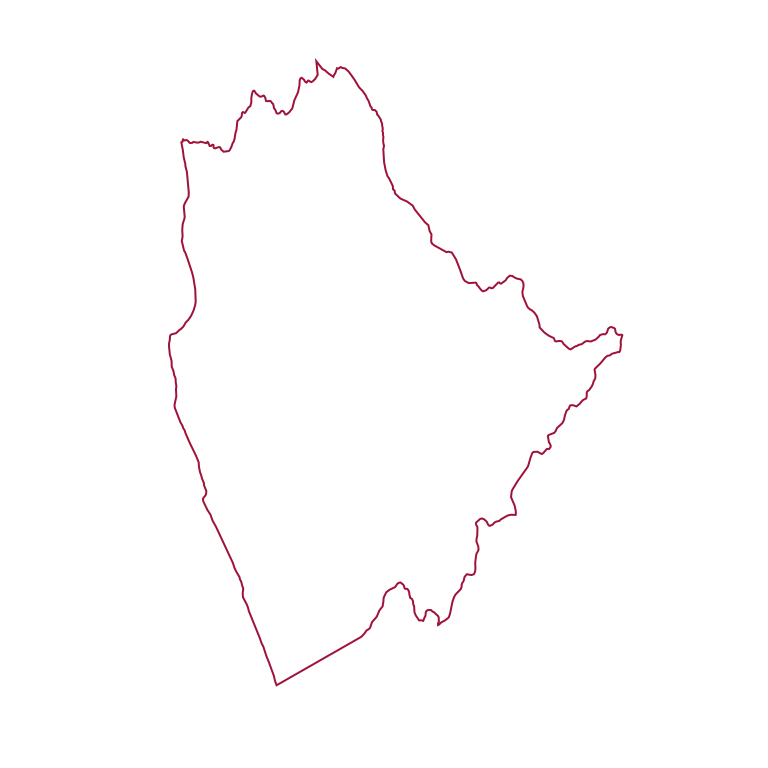 outline of Pacasmayo, La Libertad, Peru, rotated 7°
{"feature_id": "86281439B1064179091614", "entity_name": "Pacasmayo", "entity_type": "district", "adm_level": 2, "iso_a3": "PER", "parent_name": "Peru", "parent_adm1": "La Libertad", "projection": "equal_earth", "projection_center": [-79.413, -7.429], "detail": "fine", "context": "isolated", "style": "outline", "palette": "rose", "viewbox_px": 768, "rotation_deg": 7, "n_neighbors": 0, "source": "geoboundaries", "source_scale": "gbopen_adm2", "svg_char_len": 6131}
<svg xmlns="http://www.w3.org/2000/svg" viewBox="0 0 768 768"><g transform="rotate(7 384 384)"><path d="M613.7,323.6L614.3,322.1L614.4,320.3L614.3,315.6L613.8,313.8L613.8,311.5L614.6,306.5L614.0,306.1L610.6,306.7L608.7,305.8L607.5,304.2L606.6,301.1L605.8,300.5L603.1,299.8L601.4,300.1L599.8,301.7L599.0,305.7L598.1,307.0L597.3,307.8L595.4,307.8L592.5,309.0L591.1,311.3L588.5,314.2L584.0,316.6L580.3,316.6L578.4,317.4L575.4,320.4L572.9,321.2L570.6,322.9L569.0,323.5L565.1,326.9L563.3,326.5L560.3,324.5L557.4,322.4L556.0,320.6L555.1,319.9L552.6,319.9L549.6,320.8L548.5,320.5L546.9,317.7L542.0,316.1L538.7,314.4L536.7,313.2L531.6,308.9L531.0,306.0L527.5,298.1L524.5,294.8L521.5,292.7L520.1,292.3L517.9,290.9L516.6,289.4L511.1,279.7L510.1,275.6L510.6,271.6L510.3,267.6L508.9,265.0L507.0,263.5L503.0,263.2L499.7,262.0L498.2,261.1L495.6,261.2L493.2,263.9L492.1,266.3L488.0,270.1L487.1,270.1L486.0,269.2L484.9,269.4L480.4,275.4L479.0,275.9L477.5,275.3L476.5,275.5L474.0,278.5L471.3,279.9L470.3,279.7L468.3,278.2L465.4,275.2L464.4,274.7L463.3,272.4L462.8,272.2L455.8,273.5L451.7,271.9L449.7,269.7L445.4,261.0L440.2,251.4L435.3,245.3L431.9,244.8L429.9,245.5L417.2,240.4L414.7,238.9L413.7,237.5L413.3,235.5L412.9,229.8L410.6,226.5L408.7,221.0L405.1,218.6L393.3,207.1L390.8,203.5L384.7,200.1L377.6,197.9L371.9,193.7L370.9,190.7L369.2,189.6L368.6,186.4L364.2,179.6L362.1,177.2L359.6,171.7L357.1,164.0L354.7,151.1L355.0,147.4L354.3,146.1L353.4,142.3L353.3,138.9L352.6,136.9L352.3,134.4L351.6,133.3L351.7,131.1L351.4,129.6L350.7,128.0L350.4,125.8L349.0,123.4L348.7,122.1L345.6,118.3L344.3,117.3L343.5,114.7L341.4,113.2L339.5,113.4L338.6,112.8L337.9,111.0L336.8,110.2L334.2,104.9L332.2,102.4L330.8,99.9L326.9,95.6L323.2,92.7L317.9,85.9L313.7,81.2L310.7,78.1L306.9,75.5L304.1,75.4L302.2,74.7L300.4,76.5L298.9,76.3L297.7,81.6L296.5,84.0L296.3,85.3L291.0,82.5L287.0,79.8L284.4,78.8L277.5,71.9L280.5,85.2L278.6,89.5L276.5,92.1L275.1,93.2L274.3,93.1L272.2,92.0L271.7,92.1L270.4,94.3L269.9,94.2L268.6,93.3L267.6,91.8L265.0,90.1L263.8,90.9L263.3,92.8L263.7,97.9L263.1,104.9L260.4,113.5L259.5,121.0L259.2,122.0L256.8,125.9L254.5,128.2L253.2,128.5L251.3,125.8L249.7,125.3L248.7,125.8L247.6,127.7L245.8,128.6L245.0,128.5L244.3,128.1L242.6,125.0L241.3,123.8L239.9,119.7L238.7,118.8L237.4,117.3L236.1,116.9L233.6,117.6L232.3,117.4L231.5,114.8L229.9,112.6L229.2,112.4L227.2,113.7L225.7,113.9L221.5,111.2L219.7,108.9L219.1,108.7L218.5,109.0L218.0,109.9L217.5,113.5L217.5,116.8L218.0,120.9L217.4,124.6L215.8,126.0L213.2,131.6L212.7,132.0L211.6,131.4L210.6,131.4L210.1,132.2L210.1,135.4L209.7,136.7L206.4,141.0L206.6,149.7L206.0,152.7L205.8,158.6L205.4,161.3L204.4,163.6L203.6,167.3L202.4,170.6L201.5,171.7L196.5,173.0L194.1,171.4L192.4,169.0L191.1,169.0L187.6,170.7L186.6,170.6L185.9,169.8L185.8,168.2L185.5,167.5L184.5,167.4L183.1,168.9L182.0,169.0L179.9,165.5L179.3,165.2L178.4,166.6L172.4,165.9L171.2,166.7L169.5,167.2L165.3,167.0L164.3,168.0L162.3,168.4L161.6,168.3L159.8,166.6L158.3,165.9L156.0,166.6L154.8,165.7L154.5,166.3L154.5,168.0L153.4,168.8L155.9,176.6L157.5,183.1L160.0,189.9L160.3,191.9L162.5,197.4L166.9,217.8L167.2,222.0L164.3,228.8L163.6,232.0L165.8,242.4L165.8,243.9L164.7,249.8L165.0,255.9L166.1,262.0L165.9,266.8L169.4,276.2L170.4,277.2L173.2,282.6L179.8,296.5L181.7,301.3L185.1,313.0L187.1,325.5L186.9,329.2L186.0,334.3L184.3,339.7L181.9,344.3L179.7,347.1L177.9,351.4L175.6,354.3L174.9,354.8L171.4,358.9L166.9,360.7L166.0,361.7L165.8,362.9L166.0,366.6L165.7,369.8L166.0,372.7L167.8,380.7L170.3,386.8L171.2,392.7L173.4,396.7L174.7,400.8L176.4,403.7L177.2,408.2L178.2,411.4L178.2,414.8L179.4,421.6L178.6,430.1L179.2,433.0L186.5,446.6L189.4,450.6L190.0,452.2L191.6,454.0L193.0,457.0L198.3,466.0L206.2,478.2L209.6,484.3L210.4,488.5L212.0,493.6L214.1,497.9L214.8,499.9L217.4,504.5L217.8,506.6L220.7,511.9L220.8,515.0L220.2,516.6L218.5,519.3L218.3,520.4L219.1,522.8L224.2,530.7L227.6,534.7L230.6,540.7L234.4,545.8L255.8,580.0L258.1,584.9L260.0,587.9L264.0,593.1L264.8,595.3L266.4,597.7L267.9,601.6L269.2,604.0L269.3,609.3L270.0,612.8L274.7,619.6L276.3,622.6L277.5,625.8L291.3,650.6L294.2,656.4L296.3,659.5L300.5,668.6L303.3,673.5L310.3,687.2L311.9,691.8L314.1,696.1L392.4,637.6L395.0,634.0L396.6,630.9L399.3,628.6L399.9,627.6L401.1,621.9L405.2,615.8L407.0,609.4L409.7,604.9L409.9,600.2L409.7,596.6L410.0,595.1L411.7,590.3L414.8,587.4L419.8,584.2L421.4,581.0L422.7,579.6L424.6,579.0L427.5,580.8L428.4,581.9L429.3,584.2L429.7,584.6L432.1,584.6L433.3,585.6L434.5,588.0L434.9,590.2L435.7,591.7L435.8,592.7L436.5,593.4L437.8,593.8L439.3,596.1L439.9,599.2L441.0,601.0L442.1,607.0L443.8,609.9L447.7,614.4L450.0,614.0L451.8,614.3L452.9,610.1L453.4,609.1L453.3,605.5L453.7,604.2L455.3,602.9L458.4,602.7L459.9,604.0L461.2,604.3L465.9,607.7L466.7,608.9L467.4,613.1L466.8,615.2L467.0,616.6L468.1,615.9L469.8,613.7L473.4,611.2L476.1,608.5L476.8,607.4L477.5,604.2L478.5,591.7L479.5,587.0L480.8,584.0L485.2,578.2L485.8,575.5L485.5,574.2L485.7,572.6L487.0,569.8L487.5,565.6L489.5,562.7L493.9,563.0L496.0,562.1L496.7,561.2L497.2,559.1L497.3,556.8L496.3,549.8L496.3,543.8L496.5,541.1L497.8,538.0L498.0,536.8L497.4,533.9L495.0,529.2L494.7,526.9L495.0,523.0L494.5,517.2L494.1,514.5L492.6,512.4L492.2,511.3L492.3,510.3L495.8,506.3L497.6,505.5L500.0,506.2L501.9,507.5L503.1,508.6L504.1,510.5L505.8,511.9L506.5,511.8L509.0,510.3L510.3,508.3L512.0,507.0L515.2,505.8L516.3,504.3L522.5,499.6L525.9,498.3L530.6,497.9L530.7,496.7L530.2,493.8L528.4,488.6L523.9,480.9L523.8,475.3L524.3,473.2L528.5,464.0L536.7,448.8L537.2,447.0L538.4,439.2L539.5,434.7L540.5,433.3L544.4,432.5L549.1,434.3L550.3,433.4L553.6,428.6L555.9,428.3L557.0,426.2L557.0,424.9L555.5,422.4L554.8,421.8L553.0,415.7L553.6,414.6L559.0,411.7L560.2,409.5L561.0,406.7L565.8,401.1L567.0,397.7L567.4,393.3L568.2,389.2L569.0,387.4L570.3,386.4L571.0,383.5L571.5,382.5L574.1,382.0L577.8,382.8L581.1,379.3L581.9,377.7L583.5,375.7L586.4,373.7L586.7,371.4L586.3,367.7L586.7,366.5L588.2,365.2L590.4,361.3L591.3,358.7L591.8,355.6L593.0,352.8L592.8,349.4L591.2,344.0L591.5,343.1L596.3,337.1L600.5,330.6L602.4,328.8L604.6,328.1L606.6,326.2L612.8,323.6L613.7,323.6Z" fill="none" stroke="#9f1239" stroke-width="2"/></g></svg>